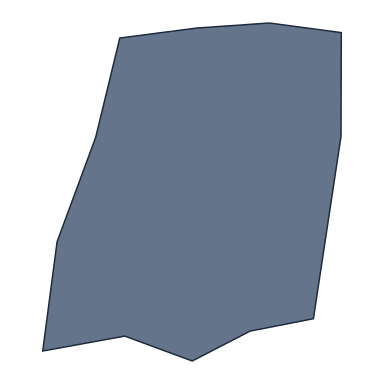 the Quarter of Dennery
{"feature_id": "LCA-5080", "entity_name": "Dennery", "entity_type": "Quarter", "adm_level": 1, "iso_a3": "LCA", "parent_name": "Saint Lucia", "parent_adm1": "", "projection": "mercator", "projection_center": [-60.918, 13.94], "detail": "fine", "context": "isolated", "style": "filled", "palette": "slate", "viewbox_px": 384, "rotation_deg": 0, "n_neighbors": 0, "source": "natural_earth", "source_scale": "10m", "svg_char_len": 280}
<svg xmlns="http://www.w3.org/2000/svg" viewBox="0 0 384 384"><path d="M341.3,32.6L341.0,136.5L313.4,318.7L250.1,331.1L192.2,361.0L124.7,336.1L42.7,351.0L57.1,241.7L95.7,137.3L119.8,38.0L197.0,28.0L269.3,23.0L341.3,32.6Z" fill="#64748b" stroke="#1e293b" stroke-width="1.5"/></svg>